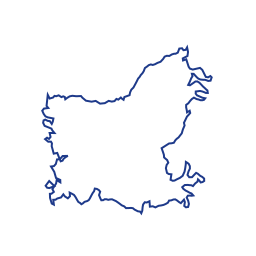 the district of Três de Maio, Rio Grande do Sul, Brazil, rotated 15°
{"feature_id": "56859067B28717369395740", "entity_name": "Três de Maio", "entity_type": "district", "adm_level": 2, "iso_a3": "BRA", "parent_name": "Brazil", "parent_adm1": "Rio Grande do Sul", "projection": "equal_earth", "projection_center": [-54.244, -27.716], "detail": "fine", "context": "isolated", "style": "outline", "palette": "blue", "viewbox_px": 256, "rotation_deg": 15, "n_neighbors": 0, "source": "geoboundaries", "source_scale": "gbopen_adm2", "svg_char_len": 4178}
<svg xmlns="http://www.w3.org/2000/svg" viewBox="0 0 256 256"><g transform="rotate(15 128 128)"><path d="M205.8,167.3L207.2,164.2L209.0,161.8L208.9,159.5L210.4,160.3L212.3,161.8L214.0,160.9L215.3,159.4L214.6,157.1L212.3,156.0L210.1,155.5L207.3,154.1L205.4,153.7L204.0,156.2L202.6,158.9L199.9,159.7L197.6,157.9L197.7,154.2L198.3,151.2L197.6,148.8L195.9,146.9L194.4,146.3L192.7,145.8L193.2,148.1L193.7,152.2L193.9,155.6L193.5,157.9L193.2,160.0L191.1,162.7L188.6,164.8L186.6,166.7L184.9,167.4L182.5,167.0L181.9,161.5L179.3,161.9L177.3,161.3L175.0,157.0L174.9,153.6L175.9,151.1L174.1,148.8L172.3,148.0L170.5,147.1L169.6,144.6L168.1,142.3L165.7,138.8L167.3,137.1L169.2,135.0L171.7,132.3L174.0,131.5L176.1,130.4L176.9,127.6L177.9,125.8L179.3,124.0L180.2,121.8L181.3,119.3L181.4,115.1L182.0,110.9L180.7,108.5L181.3,105.5L182.0,101.7L183.3,99.3L184.2,97.4L183.1,95.4L181.0,97.6L180.1,95.5L178.8,93.0L178.2,90.6L179.9,88.5L180.9,86.0L182.1,83.6L183.8,81.6L186.7,82.3L188.9,82.2L190.7,82.4L192.5,82.0L194.1,81.1L194.9,79.3L192.1,79.5L188.9,79.0L186.2,78.6L184.5,77.3L184.0,75.2L185.5,74.6L187.9,73.6L190.3,73.5L192.5,73.7L194.1,74.0L196.0,73.5L195.0,71.2L193.3,70.4L191.7,69.5L189.7,68.5L187.8,67.3L185.3,65.8L183.0,65.1L181.1,65.6L179.2,67.9L176.8,70.7L175.0,70.8L175.7,67.4L176.2,63.6L176.9,61.3L175.7,59.1L177.4,58.7L179.3,59.9L181.5,61.3L183.2,62.1L185.2,62.4L187.5,62.1L190.1,61.5L191.7,61.6L193.3,61.8L195.5,60.9L195.7,57.4L194.1,56.5L192.3,58.3L189.9,58.5L184.7,52.6L182.0,51.3L175.4,54.8L172.4,54.6L170.7,53.1L166.5,46.6L163.7,48.5L162.9,46.6L166.8,43.1L166.3,39.0L164.2,34.8L163.5,37.6L161.4,38.5L159.6,37.0L157.0,38.0L156.6,42.3L154.8,43.9L153.2,44.4L151.3,45.6L149.3,47.7L146.8,48.2L144.9,49.6L144.1,52.2L142.3,55.6L139.6,57.5L137.6,59.4L135.6,60.7L133.6,60.7L131.8,61.9L130.5,63.7L128.8,65.7L128.5,69.0L127.8,71.3L126.6,73.6L126.0,75.7L125.0,77.6L124.4,80.6L123.8,83.3L122.8,87.5L121.3,90.1L120.8,93.0L121.0,95.9L116.5,99.0L116.4,101.9L114.7,101.3L113.2,100.4L111.3,103.1L109.3,102.9L108.0,105.5L105.5,106.7L102.3,106.8L99.2,110.0L94.7,111.7L89.8,110.2L86.0,112.0L80.3,112.5L76.2,110.6L74.3,109.3L69.8,110.7L65.9,111.3L63.5,112.5L61.3,114.8L60.0,116.5L58.9,114.4L57.2,114.2L55.7,115.4L52.6,114.4L50.4,115.9L48.7,116.0L47.7,118.0L44.7,119.8L41.9,116.7L43.6,127.7L45.8,129.3L41.8,131.0L40.7,133.5L42.9,136.2L45.2,138.1L47.7,138.5L53.5,138.1L53.7,141.3L53.3,143.8L50.7,141.6L48.6,141.9L45.9,141.3L44.5,142.5L44.7,145.0L46.9,147.5L54.2,148.4L55.5,149.9L58.3,151.9L53.6,153.1L55.5,156.7L54.5,159.0L52.3,158.3L50.8,160.2L54.5,161.9L57.1,161.1L58.5,162.5L59.0,165.3L60.7,168.2L62.9,172.0L66.1,170.4L70.2,175.9L67.6,176.7L67.6,181.4L66.3,184.0L63.6,185.1L66.1,187.5L68.1,189.4L71.4,194.9L76.0,195.7L76.7,198.0L72.6,196.8L72.9,200.2L72.0,203.2L70.8,206.6L72.9,208.9L71.1,211.3L69.6,211.8L70.8,215.7L73.9,220.7L76.2,221.2L74.4,216.7L76.6,216.0L77.9,214.4L81.3,212.4L82.7,208.8L84.7,210.4L88.1,211.5L89.6,208.9L88.4,205.5L91.1,206.1L93.1,206.6L94.5,207.7L96.0,209.1L97.5,210.7L99.2,212.3L101.1,212.8L102.7,213.7L104.0,212.4L105.1,210.6L107.7,209.0L108.9,207.5L109.5,205.3L110.0,203.0L110.7,200.1L111.6,197.8L111.6,195.1L113.7,194.9L115.9,195.5L117.6,196.7L117.4,200.3L119.4,203.0L120.9,204.7L122.6,204.2L124.0,202.8L125.8,202.4L127.5,202.5L129.2,201.6L131.1,201.0L132.7,201.3L135.2,201.7L137.5,202.5L139.6,203.3L142.0,204.3L144.7,204.7L146.8,205.9L149.2,205.2L151.7,204.4L153.5,204.2L155.4,205.1L159.1,205.9L161.4,205.6L162.9,206.9L163.2,204.2L162.6,200.6L162.4,198.0L163.4,195.4L165.4,195.1L167.7,193.2L169.5,198.3L172.2,197.2L175.0,197.6L177.7,195.2L180.1,194.2L182.2,193.1L184.0,191.7L185.9,189.8L186.4,187.5L188.5,186.7L190.4,185.3L192.1,184.7L193.9,185.2L196.7,186.4L198.5,186.9L199.4,185.1L200.6,182.7L202.1,184.8L202.5,188.7L204.5,189.6L206.5,188.7L206.5,185.6L204.9,182.6L202.7,180.0L203.3,177.9L205.0,177.3L206.9,177.0L208.5,176.3L206.3,174.8L204.4,174.6L202.2,174.0L199.8,173.5L197.1,172.4L195.7,171.1L197.6,168.4L200.5,167.5L202.1,167.3L204.0,166.9L205.8,167.3ZM70.2,175.9L72.1,172.0L77.1,170.5L75.3,172.3L73.8,174.3L73.2,176.5L71.6,177.6L70.2,175.9ZM72.0,203.2L65.6,199.6L63.4,205.1L65.3,206.6L67.5,206.4L72.0,203.2Z" fill="none" stroke="#1e3a8a" stroke-width="2"/></g></svg>